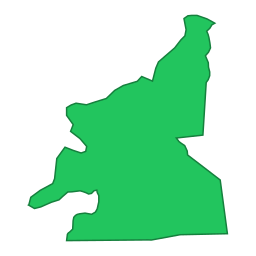 Dire, Timbuktu, Mali
{"feature_id": "8926073B18441291459751", "entity_name": "Dire", "entity_type": "district", "adm_level": 2, "iso_a3": "MLI", "parent_name": "Mali", "parent_adm1": "Timbuktu", "projection": "natural_earth1", "projection_center": [-3.375, 16.321], "detail": "fine", "context": "isolated", "style": "filled", "palette": "green", "viewbox_px": 256, "rotation_deg": 0, "n_neighbors": 0, "source": "geoboundaries", "source_scale": "gbopen_adm2", "svg_char_len": 1355}
<svg xmlns="http://www.w3.org/2000/svg" viewBox="0 0 256 256"><path d="M148.2,239.9L151.4,240.0L180.1,234.7L227.4,233.7L220.2,180.0L187.6,155.0L187.2,151.0L184.7,145.6L181.4,143.4L179.0,141.6L176.3,138.0L202.9,135.1L206.2,82.5L208.2,79.7L209.7,75.7L209.7,71.9L208.5,67.2L208.3,62.7L205.4,55.8L208.5,52.2L210.5,47.9L210.2,45.3L209.9,43.0L208.9,37.5L208.1,34.5L206.7,31.2L209.8,28.3L211.9,24.8L214.8,23.2L213.6,22.5L213.4,22.4L207.0,18.9L197.0,15.4L191.8,15.4L187.9,15.8L184.0,18.5L184.0,18.8L186.1,29.7L184.9,35.9L180.9,39.9L174.7,47.9L158.5,61.9L155.8,68.2L152.5,81.1L141.7,76.5L137.3,81.3L123.3,85.5L114.7,90.4L106.3,98.5L95.3,101.9L86.5,104.8L76.0,103.2L71.1,105.0L66.6,107.7L66.6,115.4L73.2,124.6L70.6,131.4L79.9,138.5L86.7,146.4L85.7,151.4L81.1,153.0L73.2,150.4L65.0,147.2L56.8,158.5L54.6,178.7L52.7,183.6L40.3,190.3L30.8,197.3L28.8,205.0L28.6,205.1L34.5,208.5L40.8,206.9L51.2,202.3L59.1,199.8L62.6,196.5L67.8,192.0L72.0,191.8L80.1,190.8L82.9,191.6L84.3,192.1L86.2,192.8L86.6,193.0L88.6,194.0L91.5,193.4L93.5,191.3L93.9,190.8L96.8,190.1L97.3,192.7L97.7,193.4L98.8,195.7L98.8,198.3L98.8,201.8L97.2,208.9L95.4,212.1L91.6,214.3L90.6,214.1L85.0,213.1L79.6,213.8L77.2,214.4L75.5,215.4L73.8,217.3L73.1,220.8L72.9,225.5L72.8,226.8L72.7,229.1L69.6,232.1L68.3,233.0L67.4,234.3L66.6,240.6L148.2,239.9Z" fill="#22c55e" stroke="#15803d" stroke-width="1.5"/></svg>